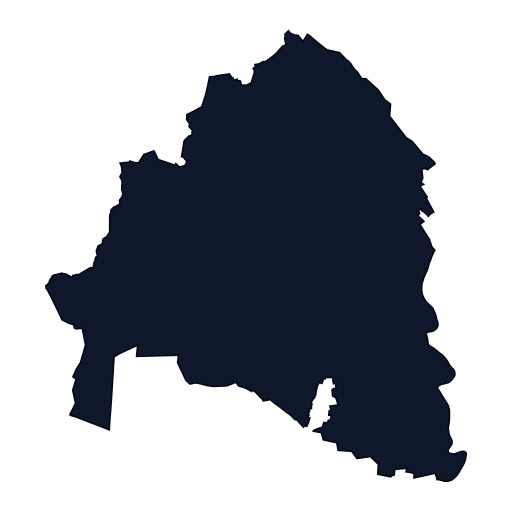 Kocēnu pag., Kocenu, Latvia (orthographic projection)
{"feature_id": "27541924B79657792070029", "entity_name": "Kocēnu pag.", "entity_type": "district", "adm_level": 2, "iso_a3": "LVA", "parent_name": "Latvia", "parent_adm1": "Kocenu", "projection": "orthographic", "projection_center": [25.269, 57.512], "detail": "fine", "context": "isolated", "style": "filled", "palette": "ink", "viewbox_px": 512, "rotation_deg": 0, "n_neighbors": 0, "source": "geoboundaries", "source_scale": "gbopen_adm2", "svg_char_len": 5990}
<svg xmlns="http://www.w3.org/2000/svg" viewBox="0 0 512 512"><path d="M209.5,76.7L207.2,88.1L205.2,95.9L201.8,106.7L193.8,111.1L186.8,114.6L186.6,119.7L186.8,119.7L189.8,124.2L189.0,125.6L189.0,126.6L192.6,130.7L192.5,131.1L191.8,132.3L192.7,133.6L189.9,136.2L189.3,135.8L188.2,136.6L187.3,137.7L185.3,139.4L183.9,141.4L183.4,145.3L181.5,156.8L182.8,156.6L186.8,161.4L185.6,164.2L184.7,165.7L179.3,166.9L175.8,163.5L175.1,165.2L158.8,159.7L158.7,160.0L158.4,160.0L154.0,150.8L143.8,154.5L138.6,162.7L135.0,162.7L129.9,161.0L129.7,162.0L120.0,163.1L121.5,166.7L122.1,172.3L121.9,173.0L120.0,176.4L120.0,177.2L121.3,179.2L122.2,181.3L121.6,189.3L123.0,194.1L122.4,195.2L121.9,196.9L120.4,198.8L119.4,200.5L119.9,203.1L119.6,203.9L118.0,205.1L113.3,207.5L110.9,210.0L110.9,211.8L110.7,212.8L109.8,214.6L109.8,215.7L109.6,216.3L109.7,216.7L109.6,228.7L109.7,230.7L109.5,231.9L109.4,232.5L108.2,234.1L107.1,236.0L105.7,237.4L104.5,237.9L102.9,239.1L102.5,241.1L102.6,242.2L102.4,242.4L102.3,243.5L102.0,244.0L98.2,245.8L97.5,247.4L97.3,248.5L96.9,249.0L96.3,251.2L96.9,254.0L97.8,255.6L96.1,256.7L95.2,258.4L95.1,259.0L95.4,259.8L95.0,261.0L94.6,261.0L93.7,263.9L93.1,267.8L90.3,267.6L78.5,274.7L76.3,274.7L76.1,274.4L73.8,275.7L73.2,275.2L72.9,275.3L72.8,275.8L72.2,276.6L71.2,277.2L70.9,276.9L70.1,277.2L69.6,276.5L69.6,275.8L67.7,275.5L67.5,274.7L67.1,274.4L65.1,273.8L63.1,273.7L62.7,273.3L61.8,273.1L60.2,273.7L59.0,273.6L58.7,274.0L56.7,274.4L56.2,274.8L55.2,274.6L54.6,275.0L53.4,275.2L53.1,275.6L52.3,275.8L51.7,277.4L50.6,278.7L50.4,280.2L49.6,280.2L49.5,280.5L49.7,280.9L49.5,281.5L48.3,283.7L45.7,285.8L45.9,286.3L45.8,286.6L46.1,287.1L46.1,287.8L45.9,288.0L46.9,289.1L52.5,299.9L62.1,319.9L69.2,323.5L72.5,324.3L73.2,324.7L74.1,326.6L74.5,328.1L75.8,328.9L82.2,328.3L85.5,345.0L80.5,362.4L76.3,369.1L72.9,376.8L76.0,379.2L72.7,390.1L75.5,403.2L69.8,414.7L70.5,415.3L73.1,416.2L73.2,415.9L109.3,429.9L110.0,418.0L110.5,412.8L111.8,394.1L114.1,356.7L115.8,355.9L119.7,353.6L137.3,345.3L137.5,345.8L136.5,356.4L177.9,355.3L178.1,356.2L178.0,359.5L177.5,361.6L177.7,363.1L184.8,378.0L185.0,378.0L185.6,380.0L190.1,384.1L195.3,382.9L200.1,383.7L206.4,385.4L213.1,386.5L226.5,385.9L231.6,384.1L235.6,382.3L238.7,386.0L245.6,388.1L251.5,391.5L251.7,391.0L252.4,390.5L254.3,391.3L255.6,392.3L260.6,397.7L261.6,398.3L262.3,399.1L263.1,400.9L268.6,400.0L268.7,399.1L270.9,400.2L272.5,401.7L278.7,406.2L287.0,412.7L290.0,414.7L294.8,419.6L296.9,419.9L303.3,427.2L303.7,427.0L304.0,426.2L304.4,425.8L304.9,425.9L305.0,425.1L305.5,424.4L305.8,426.1L306.8,426.4L308.8,421.7L309.9,417.8L308.2,417.3L308.0,416.9L308.2,416.0L308.7,415.5L308.4,415.5L308.1,414.2L308.8,413.5L308.6,412.8L308.9,412.6L308.9,412.4L309.6,411.4L309.5,411.1L309.6,410.9L309.1,410.6L308.9,410.0L309.3,409.8L309.5,408.9L311.5,408.6L311.5,407.4L311.2,406.6L311.4,406.2L311.4,405.5L312.1,404.8L311.5,403.0L311.7,402.4L311.7,401.4L312.9,399.5L314.7,397.7L314.6,396.3L315.5,395.6L315.8,394.8L315.8,393.9L316.0,392.7L316.8,388.6L317.1,388.0L317.1,387.1L317.6,385.6L318.5,384.0L318.8,383.2L318.9,382.4L321.9,383.5L323.9,378.7L325.5,378.7L326.0,377.4L333.3,377.7L332.7,379.9L333.5,383.8L336.0,383.6L335.5,388.6L333.1,388.7L332.8,389.8L332.0,390.0L332.6,396.0L336.0,398.0L338.0,404.9L329.8,406.1L330.7,409.0L330.2,411.0L329.1,410.9L328.7,415.3L331.3,415.2L330.1,420.3L328.3,420.2L327.3,422.7L323.8,422.5L322.2,427.4L318.4,428.3L313.5,430.5L313.2,431.2L321.3,432.7L323.3,439.9L336.7,442.8L338.1,450.4L351.8,451.4L357.0,458.6L365.7,457.2L370.5,456.7L378.3,464.4L377.7,474.3L390.8,476.9L391.5,475.9L394.3,474.9L394.8,469.4L406.6,468.4L407.1,468.4L405.9,471.8L410.9,472.6L414.1,473.5L413.9,478.0L435.7,473.2L435.6,475.8L437.0,476.0L437.3,476.4L436.5,478.1L436.5,478.5L437.2,479.8L438.0,479.5L444.8,481.3L447.7,481.3L451.5,480.2L454.2,478.1L456.7,475.6L458.8,472.7L464.2,463.2L465.6,459.1L466.3,453.8L466.0,452.7L465.0,451.7L463.5,451.3L460.9,451.5L455.0,453.7L453.3,454.1L449.2,453.0L448.2,451.7L448.2,449.9L449.2,448.2L451.7,444.5L452.1,443.1L452.0,440.5L449.2,434.6L448.3,429.3L448.3,427.7L449.2,422.3L449.5,418.7L449.5,410.9L449.3,409.3L448.0,404.9L442.2,395.7L439.6,391.3L438.1,389.3L437.8,388.4L437.6,387.1L437.9,386.6L438.5,386.0L441.4,384.4L446.7,383.2L448.6,382.5L450.2,381.4L452.1,379.5L454.6,376.1L454.9,374.8L454.9,373.5L454.7,371.9L454.3,370.7L453.5,369.4L449.6,365.2L448.1,362.2L446.6,359.8L443.3,355.7L439.3,352.7L434.2,348.5L430.8,346.5L429.4,345.4L428.7,344.7L428.1,343.5L427.6,339.1L426.4,334.3L426.4,333.7L426.7,332.8L427.8,332.1L431.9,331.5L433.8,330.8L436.0,329.1L436.7,328.4L438.0,325.7L437.9,322.7L436.5,318.4L436.0,315.9L434.7,312.3L433.1,308.7L432.6,307.9L426.5,302.1L424.2,298.6L422.5,294.7L422.2,293.4L421.7,290.2L421.8,285.7L422.4,282.5L423.4,279.3L424.2,276.8L427.7,269.1L429.3,263.0L430.7,259.9L431.9,256.4L434.1,251.5L435.0,250.2L434.4,249.7L431.9,246.7L429.6,240.1L429.8,239.7L425.9,233.9L420.0,224.4L424.0,221.4L420.5,217.8L418.8,216.6L418.0,214.5L419.5,214.1L419.8,213.5L418.5,210.5L421.0,209.1L422.2,211.3L423.3,211.3L424.6,212.8L425.7,213.4L428.3,216.4L431.1,213.5L433.8,212.1L426.2,197.9L427.3,197.1L420.1,186.3L423.7,184.3L420.9,182.6L422.8,178.2L421.9,169.1L425.4,168.6L427.4,169.8L435.2,163.8L434.2,162.0L429.2,157.2L426.5,155.6L423.2,154.4L412.0,141.2L406.3,137.7L390.8,117.7L389.6,116.5L390.6,104.1L385.0,99.9L378.2,89.9L365.9,78.7L361.6,78.5L357.4,71.8L355.1,70.0L353.1,67.2L351.2,64.2L348.7,61.4L345.9,59.2L339.6,52.6L327.0,49.8L320.3,44.7L309.0,35.2L307.4,34.3L303.3,40.9L302.6,40.9L298.0,35.2L294.8,35.1L290.4,33.2L288.5,30.7L285.2,34.0L285.4,34.0L284.6,38.7L284.8,39.0L284.8,39.4L285.9,44.8L282.4,46.2L277.7,51.6L277.2,52.4L273.8,55.4L267.4,60.2L266.2,61.4L263.5,61.5L258.7,63.9L254.9,64.5L255.5,66.6L253.9,67.7L253.0,68.8L254.3,70.0L254.3,72.5L251.2,82.7L246.5,85.1L241.2,85.1L241.1,83.6L240.7,81.7L239.9,80.6L237.9,81.0L237.1,79.1L234.5,80.3L234.2,79.7L233.5,79.3L233.0,77.8L232.3,78.3L229.5,73.9L216.1,75.8L214.6,76.5L209.5,76.7Z" fill="#0f172a" stroke="#020617" stroke-width="1.5"/></svg>